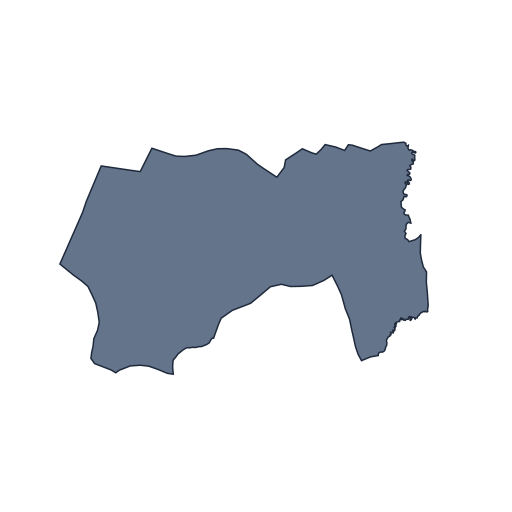 Puncak, Papua, Indonesia, rotated 111°
{"feature_id": "22746128B1222572676249", "entity_name": "Puncak", "entity_type": "district", "adm_level": 2, "iso_a3": "IDN", "parent_name": "Indonesia", "parent_adm1": "Papua", "projection": "albers", "projection_center": [137.288, -3.568], "detail": "fine", "context": "isolated", "style": "filled", "palette": "slate", "viewbox_px": 512, "rotation_deg": 111, "n_neighbors": 0, "source": "geoboundaries", "source_scale": "gbopen_adm2", "svg_char_len": 5211}
<svg xmlns="http://www.w3.org/2000/svg" viewBox="0 0 512 512"><g transform="rotate(111 256 256)"><path d="M188.3,357.6L188.7,358.5L191.4,366.4L191.9,374.1L191.9,374.3L192.7,391.8L214.0,393.9L218.7,394.3L220.5,402.0L227.4,432.8L227.9,432.8L259.4,433.8L266.0,434.0L272.8,433.7L276.8,433.5L283.9,433.8L308.6,435.0L333.8,436.2L339.0,420.3L339.4,418.9L340.6,414.4L341.7,410.2L344.7,401.9L350.9,395.3L357.4,388.7L361.2,386.2L365.3,383.5L374.1,378.6L381.9,377.3L390.4,377.7L391.1,377.8L399.4,375.6L401.8,375.3L405.6,374.7L410.8,373.4L414.3,368.1L414.3,362.0L414.3,350.6L415.3,345.1L411.5,342.6L408.8,339.6L405.9,336.4L404.3,334.7L403.7,334.0L399.5,325.0L398.2,320.2L397.3,316.6L397.2,314.0L397.1,310.2L397.0,307.3L397.1,303.9L397.3,296.7L396.0,290.9L393.9,291.9L391.1,293.3L389.1,294.2L385.6,295.3L382.9,296.0L379.8,294.9L375.4,293.7L372.3,291.9L370.0,290.6L367.9,289.0L366.2,287.5L365.7,285.4L363.8,282.2L363.4,280.3L360.8,276.3L360.1,274.4L358.0,272.2L356.6,270.6L353.9,268.6L350.5,268.1L348.4,267.5L347.9,266.1L347.0,266.2L333.6,266.5L326.5,266.2L316.1,259.2L315.2,258.6L302.1,244.1L287.7,236.0L279.6,231.6L273.3,222.2L272.1,212.8L269.8,207.1L268.3,203.4L263.3,192.7L254.5,183.9L246.7,178.1L255.1,168.8L261.7,162.2L271.5,155.0L272.9,154.0L281.6,145.9L291.2,139.8L294.9,137.3L305.0,130.6L311.1,125.5L315.9,120.0L309.2,113.0L305.1,106.2L303.7,106.7L302.2,106.4L301.4,105.7L300.9,105.0L300.5,103.8L299.6,102.7L298.2,102.0L297.0,102.0L293.8,102.3L292.6,102.0L291.9,102.2L290.9,102.4L290.1,102.7L289.1,103.4L288.2,104.0L287.1,104.0L286.5,103.9L284.5,103.7L283.8,103.2L283.2,102.7L282.9,102.4L282.4,102.4L282.1,102.7L281.8,102.6L281.5,102.3L281.3,101.8L281.1,101.7L280.8,102.0L280.0,102.4L279.4,102.9L279.0,103.0L278.8,102.6L279.0,101.9L278.9,101.5L278.7,101.0L278.6,100.3L278.2,100.3L277.8,100.6L277.4,101.2L277.1,101.6L276.6,101.6L276.1,101.5L276.5,100.7L276.2,99.9L275.9,99.8L275.0,99.9L274.6,100.0L274.2,100.4L273.5,100.4L273.5,101.1L273.3,101.4L272.8,101.5L272.0,101.0L272.0,100.4L271.3,100.1L270.6,101.0L270.6,101.7L269.6,102.1L269.0,101.9L269.3,101.3L269.4,100.7L268.8,100.6L268.7,100.9L268.4,101.5L267.8,101.4L267.1,100.9L266.5,99.8L266.1,99.5L265.7,98.5L265.5,98.4L264.4,98.9L264.0,98.8L263.1,98.5L262.1,98.6L261.8,98.2L261.8,97.9L262.2,97.6L263.0,97.9L263.4,97.5L263.2,97.2L262.6,96.2L262.3,96.0L261.8,96.0L261.7,95.6L262.0,95.4L262.8,95.2L262.9,94.6L262.8,94.1L262.5,93.5L261.5,93.2L261.2,92.8L260.8,91.9L260.6,91.3L260.2,91.1L258.9,91.6L258.4,91.5L257.7,91.1L257.3,90.7L257.3,90.4L257.7,90.2L258.9,89.9L260.2,89.3L260.8,89.0L260.8,88.7L260.5,88.5L259.4,88.2L258.4,88.1L258.0,88.3L257.7,88.9L257.3,89.0L257.1,88.9L257.1,88.5L257.2,87.7L256.9,87.0L256.7,86.2L256.7,85.8L257.6,85.3L257.9,84.8L257.7,84.7L257.3,84.8L256.6,84.6L256.3,83.8L256.0,83.4L255.6,83.5L254.9,83.4L254.4,83.2L253.4,83.2L252.7,82.4L251.7,82.4L250.5,81.9L249.7,81.5L249.1,80.7L248.2,80.4L247.9,79.8L247.8,78.9L247.2,78.6L246.9,78.0L247.2,77.2L246.8,76.1L246.1,75.8L245.6,76.2L245.3,76.4L240.3,77.6L228.4,83.1L219.4,87.6L215.2,89.1L209.7,91.1L206.2,95.9L199.8,100.4L194.3,103.7L184.4,107.2L177.1,109.7L177.1,109.8L180.4,110.9L183.4,113.0L183.8,113.3L187.7,118.3L186.3,120.5L186.1,122.9L184.2,124.2L181.2,124.0L179.8,126.3L176.9,125.7L174.4,126.7L172.0,126.9L170.1,126.0L169.8,123.2L167.7,124.6L166.4,125.4L164.7,127.3L163.3,128.4L163.9,130.4L163.9,132.5L162.6,133.5L161.0,133.0L159.4,133.4L159.3,134.9L159.3,135.3L158.3,137.7L155.5,139.1L153.3,140.1L152.1,139.5L151.0,138.9L149.2,138.9L147.4,139.2L146.8,136.9L146.2,136.7L145.9,136.7L145.2,136.7L144.8,137.2L144.8,137.9L145.1,138.7L145.1,140.0L144.5,141.0L143.0,141.8L141.7,141.8L140.5,141.5L139.5,141.1L138.7,140.9L137.5,141.0L135.8,141.2L135.1,141.6L135.0,142.1L134.7,142.8L133.5,143.1L133.0,142.1L133.3,141.2L134.5,140.5L134.7,139.8L134.3,139.0L133.6,138.7L132.7,139.3L132.0,140.3L131.9,141.0L131.9,141.4L130.8,141.5L130.3,140.9L130.3,140.1L130.2,139.0L129.8,138.5L128.7,138.6L128.2,139.0L127.4,139.9L126.8,140.8L126.4,142.3L126.7,143.7L125.5,143.7L125.0,142.5L124.7,142.1L123.9,141.9L123.3,142.2L122.9,143.1L122.5,144.2L122.1,145.6L120.8,145.2L120.3,144.0L119.8,143.0L119.3,142.7L118.0,143.0L117.3,143.7L117.3,143.8L116.5,144.8L115.9,144.5L114.7,143.4L113.8,142.3L113.3,142.4L112.5,142.5L111.9,143.0L111.7,143.2L111.3,144.4L109.9,145.1L109.5,144.4L110.5,143.7L110.5,142.5L109.7,142.1L108.6,142.4L107.5,143.1L106.1,143.5L105.0,143.9L104.9,145.2L104.8,146.4L104.6,147.2L103.7,147.6L102.7,147.2L102.8,146.4L102.8,145.2L102.7,144.1L102.0,143.9L101.5,144.3L101.4,144.4L101.5,145.3L101.8,146.2L101.7,146.8L101.2,147.7L101.4,148.4L101.5,150.1L102.3,150.8L101.7,152.0L100.2,153.1L99.0,153.1L98.1,153.4L98.8,153.8L99.2,155.1L98.3,155.9L97.7,156.2L97.2,156.5L96.9,157.0L97.1,157.8L96.7,158.6L98.7,162.7L103.0,170.9L106.9,178.7L110.7,181.6L117.0,186.9L117.5,195.1L118.0,205.7L119.0,209.6L125.7,211.1L125.7,220.2L125.7,220.7L127.2,231.4L133.0,233.3L139.3,236.2L139.7,240.6L139.3,251.2L147.0,256.5L148.8,257.9L154.4,261.9L155.7,262.8L163.4,261.4L175.0,264.8L172.1,277.9L171.9,279.0L169.9,287.3L167.1,294.7L165.5,298.8L164.5,301.5L164.1,304.7L163.8,307.4L163.5,310.6L166.2,321.8L168.3,327.0L169.7,330.5L174.8,338.1L183.3,348.0L188.3,357.6Z" fill="#64748b" stroke="#1e293b" stroke-width="1.5"/></g></svg>